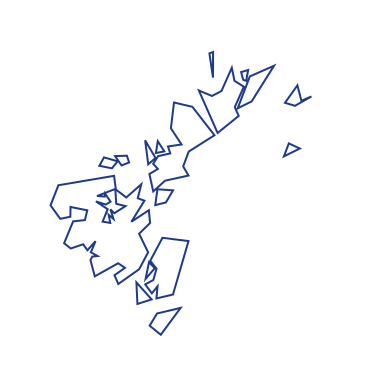 Kota Batam, Kepulauan Riau, Indonesia, rotated 255°
{"feature_id": "22746128B16651418017337", "entity_name": "Kota Batam", "entity_type": "district", "adm_level": 2, "iso_a3": "IDN", "parent_name": "Indonesia", "parent_adm1": "Kepulauan Riau", "projection": "albers", "projection_center": [104.04, 0.834], "detail": "medium", "context": "isolated", "style": "outline", "palette": "blue", "viewbox_px": 384, "rotation_deg": 255, "n_neighbors": 0, "source": "geoboundaries", "source_scale": "gbopen_adm2", "svg_char_len": 1950}
<svg xmlns="http://www.w3.org/2000/svg" viewBox="0 0 384 384"><g transform="rotate(255 192 192)"><path d="M178.9,125.7L195.9,143.8L200.0,138.0L212.6,145.0L203.7,127.1L214.1,119.1L227.8,120.9L233.1,64.7L215.7,51.9L200.2,57.8L199.6,68.1L209.0,70.8L201.4,86.1L192.6,81.3L194.4,69.6L175.6,55.2L168.8,60.3L169.7,73.3L162.8,75.9L169.5,86.1L159.9,78.7L154.6,84.2L155.4,78.9L152.5,76.3L135.7,76.3L142.3,102.2L136.1,107.6L131.7,95.6L122.2,97.0L131.1,121.0L145.1,134.0L165.4,130.1L172.9,143.5L185.6,145.6L178.9,125.7ZM186.5,98.0L197.2,106.1L207.8,96.8L202.2,105.4L203.7,110.8L213.1,107.6L210.2,106.5L212.7,99.2L214.8,118.7L200.2,115.8L195.6,124.1L191.6,111.5L196.4,108.7L186.3,109.2L191.5,105.6L183.3,105.0L186.5,98.0ZM220.4,155.5L202.6,154.7L209.9,168.9L208.8,192.9L219.0,190.1L231.9,199.3L241.0,228.4L274.2,214.4L283.1,197.8L259.0,188.1L240.6,194.2L242.2,180.6L234.9,181.0L235.4,168.6L229.3,161.8L223.1,165.0L220.4,155.5ZM114.9,122.9L104.5,127.0L109.8,134.3L98.4,130.1L97.9,147.1L145.5,175.9L155.4,151.6L136.3,133.8L127.2,137.9L117.0,131.9L114.9,122.9ZM288.3,224.9L242.4,232.0L253.4,256.8L262.9,255.3L280.3,269.3L288.4,261.8L301.7,262.6L281.9,246.6L279.6,236.1L288.3,224.9ZM261.0,257.8L264.1,273.1L292.7,303.9L288.7,277.8L261.0,257.8ZM73.8,116.5L62.2,124.9L83.0,151.0L83.7,126.8L73.8,116.5ZM119.1,114.9L98.0,110.3L98.7,125.2L119.1,114.9ZM203.6,159.3L188.8,153.1L188.7,164.1L198.5,174.1L203.6,159.3ZM254.1,304.9L248.6,313.8L253.4,332.1L251.8,321.3L267.7,321.4L254.1,304.9ZM254.0,160.1L230.1,156.9L234.3,165.6L254.0,160.1ZM241.3,109.3L235.6,120.8L240.9,128.1L248.2,116.0L241.3,109.3ZM249.9,172.1L239.0,167.2L238.4,175.8L249.9,172.1ZM246.6,127.0L235.9,130.8L236.8,138.9L243.9,138.5L246.6,127.0ZM135.3,132.3L120.1,124.7L128.0,136.3L135.3,132.3ZM321.4,244.7L297.1,241.9L321.8,248.6L321.4,244.7ZM213.9,298.1L202.6,290.0L206.1,307.4L213.9,298.1ZM295.1,270.5L287.1,270.5L285.3,273.1L295.3,277.8L295.1,270.5Z" fill="none" stroke="#1e3a8a" stroke-width="2"/></g></svg>